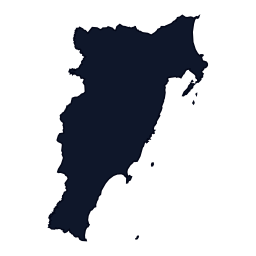 outline of Pathio, Chumphon, Thailand
{"feature_id": "78962969B3300924250293", "entity_name": "Pathio", "entity_type": "district", "adm_level": 2, "iso_a3": "THA", "parent_name": "Thailand", "parent_adm1": "Chumphon", "projection": "mercator", "projection_center": [99.321, 10.773], "detail": "fine", "context": "isolated", "style": "filled", "palette": "ink", "viewbox_px": 256, "rotation_deg": 0, "n_neighbors": 0, "source": "geoboundaries", "source_scale": "gbopen_adm2", "svg_char_len": 5639}
<svg xmlns="http://www.w3.org/2000/svg" viewBox="0 0 256 256"><path d="M76.6,28.5L76.7,30.5L75.9,30.0L75.4,30.5L75.8,31.0L75.1,32.3L75.7,32.9L75.3,33.9L74.6,34.3L75.1,35.6L74.4,35.8L74.5,37.0L73.8,38.0L74.6,38.4L74.1,38.9L73.8,40.1L75.0,42.0L74.2,42.7L75.4,45.4L75.1,46.7L76.0,48.4L76.8,48.8L77.2,48.4L78.4,49.5L80.0,49.2L80.4,49.6L80.8,50.2L80.2,52.1L80.6,52.8L81.2,53.2L82.1,52.6L83.0,54.2L82.8,55.2L85.5,56.7L83.5,58.8L83.8,60.0L82.6,60.5L81.7,61.9L82.2,64.3L81.2,64.3L79.8,66.3L79.2,68.4L78.4,68.2L77.4,69.1L76.5,69.1L75.2,70.5L74.8,70.5L75.3,70.2L75.0,69.7L74.1,69.2L73.1,69.5L72.4,68.9L70.9,69.9L70.0,69.4L69.1,71.7L70.1,71.9L70.3,72.9L71.4,72.8L70.8,73.6L72.6,73.3L72.7,74.1L73.1,73.5L73.8,74.0L74.0,73.3L74.4,73.7L74.8,73.3L77.2,75.5L79.4,75.4L80.2,75.8L81.2,78.2L82.3,77.8L84.7,79.1L83.2,82.5L85.0,85.1L85.4,91.8L84.0,93.4L81.5,94.3L80.0,95.8L77.5,97.3L74.8,97.4L72.4,98.3L71.2,103.4L70.6,104.2L70.0,104.1L69.3,105.1L68.5,105.2L67.3,106.8L67.0,106.4L66.7,107.2L67.1,107.7L66.2,108.6L66.5,109.5L65.4,110.0L64.5,112.0L62.3,113.4L61.8,114.6L60.7,115.0L60.4,115.6L60.8,116.9L60.4,118.9L61.4,120.8L63.7,122.7L63.2,125.5L63.8,126.2L63.6,127.1L64.1,128.0L63.3,130.2L63.9,132.4L63.6,133.2L59.8,133.8L58.5,135.8L57.2,140.1L58.2,141.4L61.7,143.0L62.6,144.5L61.9,150.8L62.9,152.6L62.3,154.4L63.7,157.7L61.6,164.3L58.6,169.2L57.7,172.0L58.4,172.4L60.8,172.2L64.7,173.5L65.9,175.3L67.4,176.1L67.8,176.9L68.3,179.0L65.2,183.3L65.6,183.9L65.5,185.1L66.5,186.2L66.1,188.4L66.5,188.5L67.3,190.3L65.6,192.1L64.5,192.3L63.4,195.3L62.8,195.6L62.6,196.8L63.0,197.7L62.3,198.6L62.7,198.6L62.7,200.0L60.4,201.7L59.6,201.5L59.2,202.5L58.2,203.0L57.1,204.8L57.5,205.9L55.9,207.0L56.6,207.4L55.9,207.4L55.8,208.2L55.2,208.1L54.3,208.9L54.8,210.4L54.1,210.5L54.4,211.3L53.7,212.0L54.1,212.5L53.5,212.5L53.9,212.8L53.5,212.8L53.4,213.6L52.5,213.5L52.4,214.0L52.2,213.7L51.4,214.5L51.0,214.2L49.6,215.9L49.7,216.7L50.1,216.7L49.4,217.1L50.1,217.5L49.4,218.0L49.9,218.2L49.9,219.3L50.7,220.1L50.2,220.2L49.8,221.5L50.1,221.7L49.4,222.5L50.4,224.0L48.7,225.0L49.3,226.3L48.7,227.2L50.3,227.6L51.5,228.8L54.8,229.0L55.8,227.9L56.9,228.7L59.0,228.2L61.2,228.8L62.0,229.6L63.6,229.7L63.4,231.5L64.7,232.5L66.6,231.7L69.2,229.4L70.2,232.2L70.9,232.4L71.8,233.6L73.0,234.0L74.4,236.0L75.7,236.8L78.6,236.5L80.0,239.3L82.1,240.3L86.2,240.6L85.9,239.4L84.9,239.2L84.5,238.5L84.3,235.1L85.2,230.0L86.6,227.2L87.9,226.7L89.1,224.7L87.7,223.6L88.3,223.4L87.4,220.1L88.0,215.5L90.3,210.4L91.9,209.7L94.0,207.1L95.6,206.6L95.5,204.6L96.6,201.0L97.7,199.2L98.1,196.7L99.4,195.1L100.4,194.5L101.1,190.4L105.2,183.2L108.7,178.9L113.3,175.4L117.1,173.9L121.3,173.6L123.8,174.5L124.7,175.8L126.9,177.7L126.7,182.9L127.6,182.7L128.4,180.7L130.2,179.9L131.5,176.8L130.3,176.4L129.7,175.6L128.2,176.4L127.3,175.5L126.7,172.0L127.2,169.3L130.0,164.9L132.7,162.5L132.8,161.9L134.2,161.0L134.8,161.4L137.2,161.1L139.9,156.0L142.3,147.3L143.3,146.2L144.4,142.3L145.9,141.7L146.6,142.6L147.2,142.2L147.1,141.7L147.8,141.4L147.1,141.0L147.3,139.5L147.7,139.0L148.3,139.5L149.0,138.9L149.8,139.0L149.3,138.3L150.0,137.4L150.2,136.3L151.2,136.0L151.0,135.2L150.6,135.2L151.6,133.6L152.7,132.8L153.4,133.4L154.0,133.3L153.9,132.0L153.4,131.8L153.4,131.2L154.4,130.4L153.7,130.3L153.2,129.3L153.3,127.8L154.1,125.8L155.4,124.5L155.4,123.8L156.2,123.2L156.3,121.3L159.2,116.4L158.6,116.1L159.5,115.3L159.0,115.0L159.1,114.1L160.9,110.7L161.8,107.8L161.4,106.5L163.5,101.1L163.4,100.1L164.2,98.1L165.0,92.6L164.6,89.8L165.1,87.5L164.4,85.5L166.7,83.3L167.3,81.2L168.1,80.9L167.3,78.7L168.3,77.5L170.7,77.1L171.1,76.6L171.6,77.0L175.6,76.4L176.6,77.1L178.0,76.7L179.6,77.1L179.6,76.8L180.9,77.7L183.0,74.2L183.8,73.7L185.6,70.3L187.2,69.3L189.9,68.9L189.9,70.4L194.7,74.0L196.2,75.8L195.9,77.2L196.4,78.3L197.3,78.6L198.0,80.4L197.5,81.6L196.1,82.0L196.0,82.7L197.6,81.9L198.3,82.1L200.8,79.5L200.4,77.3L200.9,77.0L201.7,77.5L202.5,76.8L202.4,75.4L203.0,73.9L202.3,73.9L202.3,73.1L201.5,72.5L201.8,70.5L202.6,70.3L203.6,69.0L203.8,67.9L205.5,67.5L206.6,66.6L207.3,65.3L207.3,63.8L206.4,62.2L203.6,61.2L203.0,61.4L202.3,60.5L201.3,56.8L203.0,55.4L202.8,54.9L200.8,54.8L200.5,55.8L199.8,55.8L197.5,53.7L195.1,49.5L192.8,42.2L192.2,32.0L193.4,23.7L194.6,19.4L196.5,17.4L197.3,17.3L197.4,18.1L198.4,17.7L198.9,16.2L197.7,17.1L196.5,16.7L194.4,17.9L192.8,18.1L192.1,17.4L190.5,17.1L187.3,17.7L185.4,17.5L182.3,15.4L179.9,17.2L177.5,17.7L177.0,19.1L176.0,19.9L175.9,20.9L175.4,20.7L173.6,21.6L171.7,23.6L165.6,26.2L165.5,26.7L161.3,26.7L160.7,28.3L157.9,29.4L157.5,30.4L155.3,32.6L151.2,35.2L147.8,33.5L142.5,32.8L140.4,31.5L138.5,31.2L138.1,30.3L137.3,30.4L136.4,29.3L135.3,27.2L135.2,26.1L134.8,27.1L132.6,27.7L132.4,28.1L129.4,27.9L129.2,27.5L128.5,27.8L125.1,26.7L122.7,26.4L119.8,24.5L117.0,26.7L116.0,30.0L115.3,30.5L113.5,29.9L112.5,28.4L108.1,26.9L106.8,28.0L102.9,28.1L101.7,29.3L100.2,29.8L97.2,28.0L92.3,27.6L87.8,33.3L85.3,30.6L83.4,30.2L82.8,29.1L80.0,27.6L79.9,28.1L79.5,27.8L79.4,28.2L76.6,28.5ZM192.8,84.1L190.7,83.3L190.8,84.0L189.0,85.6L187.9,88.4L184.2,92.1L182.7,95.6L183.6,95.7L185.6,93.6L185.7,94.4L186.3,94.3L187.4,93.1L187.6,91.9L188.3,92.0L189.0,91.2L188.5,90.4L189.7,90.6L190.3,88.8L191.4,88.6L191.5,87.9L191.8,88.2L192.5,87.6L192.8,85.6L194.4,84.2L193.7,83.8L192.8,84.1ZM152.6,165.7L153.3,164.1L153.0,163.0L152.0,163.3L151.6,164.9L151.9,165.9L152.6,165.7ZM135.4,239.1L137.2,238.6L138.3,236.7L138.1,236.2L137.5,236.4L136.9,238.2L135.4,239.1ZM193.5,103.8L194.0,102.9L193.6,101.7L192.9,103.0L193.5,103.8ZM192.7,81.3L192.2,80.7L191.6,81.5L191.8,81.8L192.7,81.3ZM196.4,94.7L196.5,94.2L196.5,93.8L196.1,94.1L196.4,94.7Z" fill="#0f172a" stroke="#020617" stroke-width="1.5"/></svg>